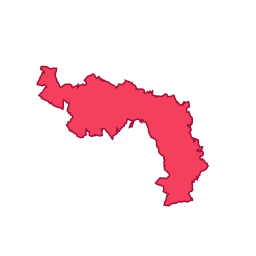 Corozal, Sucre, Colombia, rotated 154°
{"feature_id": "7082276B16477741975828", "entity_name": "Corozal", "entity_type": "district", "adm_level": 2, "iso_a3": "COL", "parent_name": "Colombia", "parent_adm1": "Sucre", "projection": "robinson", "projection_center": [-75.264, 9.206], "detail": "fine", "context": "isolated", "style": "filled", "palette": "rose", "viewbox_px": 256, "rotation_deg": 154, "n_neighbors": 0, "source": "geoboundaries", "source_scale": "gbopen_adm2", "svg_char_len": 5857}
<svg xmlns="http://www.w3.org/2000/svg" viewBox="0 0 256 256"><g transform="rotate(154 128 128)"><path d="M129.3,42.8L125.5,40.3L124.7,40.1L123.0,40.9L121.2,40.5L120.0,40.6L118.8,39.7L117.2,39.4L116.5,39.3L115.2,39.9L113.0,38.3L108.8,37.2L108.0,36.0L107.1,35.6L105.1,35.3L103.3,35.7L101.8,34.8L101.4,35.9L101.8,35.8L102.0,36.6L101.8,36.8L101.5,36.1L101.2,36.3L102.6,39.7L102.0,40.2L102.1,41.7L102.4,42.4L100.5,43.6L98.6,43.2L96.8,44.1L96.8,45.3L94.7,49.6L94.4,51.4L93.4,51.8L92.8,50.4L92.6,50.4L92.9,51.2L91.8,51.5L91.7,51.8L90.0,52.5L89.7,51.9L88.9,51.8L88.3,51.2L88.0,52.7L86.5,52.5L86.4,53.2L87.1,54.1L84.4,53.9L83.0,55.9L82.2,56.5L80.1,57.1L78.7,56.5L76.7,56.6L73.9,57.7L73.3,58.6L72.5,58.9L73.0,59.8L72.6,61.5L72.9,61.4L73.0,62.0L73.9,62.9L73.8,65.5L74.9,67.8L76.1,66.9L76.7,69.8L75.1,70.8L73.1,70.4L71.4,72.1L71.2,73.8L71.8,75.3L74.1,75.2L76.0,77.1L75.9,77.6L75.1,78.2L72.3,76.2L71.5,76.0L69.3,78.4L71.4,79.1L71.7,79.4L71.7,81.1L72.0,82.9L70.9,84.0L70.2,86.4L72.7,89.3L73.1,88.1L72.9,87.9L73.4,87.3L73.3,87.1L73.7,86.5L74.5,86.3L74.9,86.6L74.2,88.3L74.3,89.3L74.0,90.2L74.2,90.9L74.9,91.6L75.2,92.2L74.2,95.6L74.9,96.5L74.7,97.3L73.6,97.3L72.5,98.3L72.8,98.5L72.7,99.0L72.2,98.8L71.6,100.5L71.7,101.2L72.3,101.4L72.3,101.6L72.1,101.7L72.6,102.8L73.0,103.0L72.9,103.4L73.4,103.4L73.5,103.7L73.0,103.7L73.0,104.4L72.7,104.3L72.6,104.5L72.5,104.1L71.8,103.7L71.9,103.1L71.3,102.5L71.0,103.0L70.9,102.7L70.5,102.9L70.1,103.6L69.3,103.3L68.9,105.1L68.5,105.1L68.1,104.5L67.1,106.1L66.4,107.8L66.4,108.6L66.1,108.6L65.9,109.2L66.1,110.1L66.8,111.0L66.2,114.4L66.5,115.0L66.0,115.6L66.6,116.0L68.1,116.2L68.1,116.5L66.7,120.1L65.8,120.4L63.8,120.1L63.3,120.6L62.4,123.2L62.2,125.3L64.1,125.0L64.2,125.4L65.6,126.0L65.8,126.9L66.9,126.9L66.8,125.6L68.1,125.8L68.1,124.6L68.8,124.7L68.7,125.1L71.1,125.7L71.7,127.3L71.8,128.5L72.8,129.4L72.6,129.7L72.0,129.4L72.2,130.0L72.6,130.0L72.9,131.1L72.5,137.5L74.9,137.5L78.8,138.8L78.3,140.6L79.3,142.2L82.7,141.8L83.2,141.2L87.3,143.7L88.7,143.1L89.5,143.9L88.9,144.7L91.7,146.7L89.7,150.5L90.7,150.2L91.5,149.3L91.9,149.5L92.2,151.5L93.7,150.5L94.4,152.1L96.7,151.6L98.0,152.0L98.0,153.3L97.0,153.8L97.2,155.8L98.7,157.1L100.2,157.8L101.8,158.1L102.9,158.0L101.6,158.2L101.6,158.4L102.4,158.7L102.5,159.1L103.6,159.3L102.9,160.2L103.0,163.3L104.6,164.8L104.5,166.5L105.0,166.1L104.8,165.2L105.2,165.7L105.3,167.2L106.7,169.1L109.2,171.4L109.6,172.1L110.5,170.3L113.1,170.0L114.3,169.6L117.0,171.5L118.4,170.3L119.6,170.1L120.5,169.0L122.3,172.8L124.6,175.4L125.1,177.3L127.3,179.4L128.2,181.0L128.5,180.8L129.0,181.5L129.7,181.0L130.7,182.2L129.7,182.5L130.8,184.5L131.8,184.1L131.6,187.1L134.5,186.4L134.9,188.8L134.8,190.4L135.9,192.0L138.9,191.6L139.9,192.0L141.8,192.0L146.4,190.0L145.5,188.0L146.2,186.2L146.1,185.7L147.5,185.1L148.1,185.3L149.3,187.3L150.3,186.7L152.7,187.8L153.4,187.2L155.3,186.5L154.0,189.1L155.7,188.3L158.8,188.8L160.1,188.5L160.4,190.5L159.8,191.0L161.1,192.8L161.7,193.3L163.7,193.9L165.0,194.8L168.1,194.4L169.5,193.7L171.0,194.7L170.9,199.8L171.8,200.9L171.7,201.6L171.0,201.9L170.5,207.8L169.6,208.3L169.9,208.9L168.0,210.1L166.0,213.0L168.8,214.5L171.6,215.0L172.4,215.7L173.2,217.3L174.0,218.4L176.8,220.4L179.2,221.2L180.7,219.1L178.6,215.5L179.5,214.0L180.6,215.4L182.4,213.5L184.6,212.2L185.8,210.8L188.6,208.7L189.7,208.3L190.4,206.8L186.5,203.6L183.5,203.3L183.3,200.3L184.4,200.7L187.1,199.3L188.9,197.8L190.2,197.7L190.8,197.2L191.6,197.3L193.8,196.3L192.0,193.6L192.8,192.8L189.4,188.5L188.1,187.2L187.5,184.2L187.2,184.0L186.1,184.4L185.4,184.4L185.8,182.0L183.2,178.5L182.2,177.9L181.3,176.8L180.9,177.1L179.7,175.6L178.5,173.4L176.9,175.0L174.5,180.5L173.3,181.4L172.0,178.4L172.0,177.6L170.0,176.2L172.2,173.1L173.7,172.2L175.0,170.1L174.7,168.5L174.8,167.3L173.9,167.2L173.1,166.7L174.0,165.5L173.7,164.5L173.0,163.5L172.7,163.5L172.7,162.0L173.8,161.2L175.4,160.9L175.9,160.4L175.8,160.1L177.3,159.1L179.2,159.6L180.5,158.0L182.0,157.6L181.3,154.3L181.7,151.6L181.4,151.1L180.4,151.0L180.2,150.1L180.5,149.7L180.3,149.6L180.2,149.9L179.7,149.7L179.7,148.8L179.1,148.4L178.5,146.6L177.2,145.7L177.3,145.1L176.8,144.1L177.3,143.3L176.6,142.0L174.5,140.0L172.3,139.3L171.8,140.2L168.4,140.2L167.5,143.5L166.3,145.4L165.7,144.7L165.9,142.7L164.5,141.7L166.0,138.5L164.4,136.4L164.2,136.2L163.6,136.5L163.4,136.2L161.8,136.1L160.8,135.5L160.2,136.4L158.2,134.2L156.0,132.9L154.2,132.8L153.5,135.7L151.3,138.1L152.0,138.1L151.9,138.4L152.3,138.5L152.5,138.3L152.3,139.1L150.1,138.0L149.0,136.8L148.8,136.2L149.0,134.4L147.6,131.9L147.8,129.7L147.1,127.7L147.2,125.8L146.8,124.8L145.8,125.6L145.2,126.9L144.7,127.5L140.8,127.7L139.2,128.6L139.0,128.8L139.4,128.6L139.0,129.0L139.6,129.6L138.8,129.8L139.1,130.2L138.8,130.2L138.6,130.8L138.9,130.9L138.4,132.0L138.1,131.9L138.0,132.7L137.8,132.7L137.9,132.2L137.6,131.9L138.4,131.4L138.2,130.1L138.3,129.7L138.2,129.1L137.1,128.9L135.6,130.1L132.0,131.5L130.3,131.6L129.5,132.9L128.3,133.0L128.0,133.3L127.4,133.2L127.4,133.7L126.5,134.0L125.5,135.5L124.4,136.4L122.5,133.8L122.1,134.0L120.5,132.3L123.4,130.8L125.0,129.5L126.4,128.0L124.8,128.0L123.8,127.3L123.3,128.1L120.3,131.3L118.7,132.1L116.5,132.0L114.0,130.9L114.3,128.3L113.2,126.8L112.2,129.2L112.0,129.5L111.5,129.3L111.1,128.8L111.2,126.6L109.5,125.2L109.9,118.5L111.1,115.7L111.3,109.6L108.7,106.4L108.2,104.6L108.7,102.5L110.1,99.5L110.2,98.6L109.5,96.4L110.6,93.4L110.8,91.8L109.7,88.9L108.9,88.1L108.4,85.8L109.4,84.8L108.7,82.8L110.3,82.3L112.1,78.1L111.5,78.0L111.6,77.4L111.9,77.5L113.0,75.9L113.1,74.1L112.8,72.9L111.9,72.0L111.7,70.3L111.2,69.6L111.2,68.0L111.6,67.1L112.2,66.7L114.2,66.2L115.0,65.6L116.4,65.9L117.2,67.0L119.1,67.8L120.8,69.0L121.5,69.0L127.4,66.5L126.4,64.4L122.3,60.8L122.0,60.0L122.1,58.8L123.0,56.9L124.2,55.4L120.7,50.7L122.9,50.1L125.1,46.8L127.4,45.4L129.3,42.8Z" fill="#f43f5e" stroke="#9f1239" stroke-width="1.5"/></g></svg>